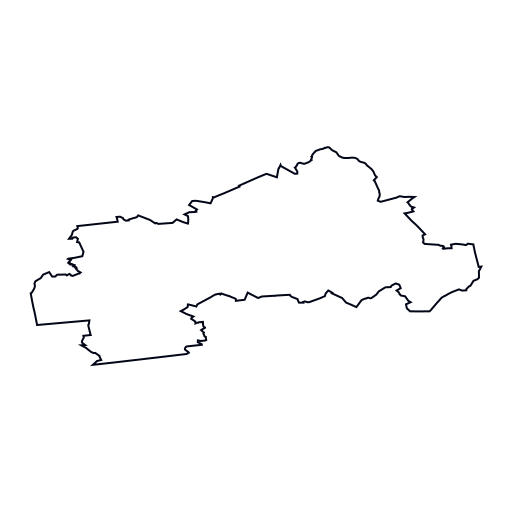 Lībagu pag., Talsi, Latvia (Equal Earth projection)
{"feature_id": "27541924B65314964158479", "entity_name": "Lībagu pag.", "entity_type": "district", "adm_level": 2, "iso_a3": "LVA", "parent_name": "Latvia", "parent_adm1": "Talsi", "projection": "equal_earth", "projection_center": [22.565, 57.178], "detail": "fine", "context": "isolated", "style": "outline", "palette": "ink", "viewbox_px": 512, "rotation_deg": 0, "n_neighbors": 0, "source": "geoboundaries", "source_scale": "gbopen_adm2", "svg_char_len": 5828}
<svg xmlns="http://www.w3.org/2000/svg" viewBox="0 0 512 512"><path d="M327.1,147.3L325.1,148.0L324.7,147.8L323.6,148.5L322.8,148.9L320.2,149.3L315.6,151.0L314.5,152.4L314.3,152.6L314.2,152.6L313.7,153.2L312.5,154.6L311.8,156.3L311.5,156.6L312.1,157.1L311.1,159.5L311.6,160.0L308.7,162.2L304.1,163.9L299.9,162.7L298.3,163.2L297.3,164.2L297.2,164.7L296.7,165.7L296.1,166.2L295.5,167.6L295.0,167.7L297.3,171.5L297.3,172.1L297.3,173.6L294.8,173.8L280.8,166.0L280.5,165.0L279.1,168.0L278.9,168.0L278.3,169.3L276.9,177.3L266.5,173.8L258.0,177.3L239.0,185.7L239.5,186.7L236.7,187.8L223.7,193.4L217.2,196.0L214.2,197.3L212.9,197.1L212.9,198.0L212.8,198.5L210.6,203.3L204.8,202.2L198.1,201.1L195.9,200.8L192.2,201.0L189.1,205.0L197.0,209.5L195.7,210.8L195.8,211.2L196.2,211.7L194.9,212.0L189.5,212.2L189.1,212.3L184.5,214.4L186.1,215.2L186.3,215.2L186.9,215.6L188.0,216.1L188.3,219.8L188.0,223.6L187.9,223.6L183.1,222.1L176.6,219.4L175.1,220.7L172.6,222.9L158.3,223.9L156.3,222.9L155.2,223.4L150.1,220.0L138.2,215.4L136.8,217.2L132.8,218.3L128.7,219.6L128.8,220.4L126.1,220.7L123.5,219.4L123.0,218.1L120.0,216.7L116.5,217.0L117.0,218.4L117.7,221.7L77.3,226.1L77.8,227.9L77.8,228.3L77.6,228.7L77.0,229.1L73.4,230.8L73.0,231.3L72.5,232.3L72.3,233.6L71.7,235.1L71.1,236.1L70.0,237.4L69.0,238.8L72.3,238.7L72.6,237.7L75.9,237.2L77.9,238.8L77.1,242.1L79.2,242.4L83.5,251.8L82.3,256.2L74.6,257.8L68.1,258.7L67.9,258.9L70.9,259.9L70.5,260.4L68.5,262.4L68.8,262.6L69.0,262.8L68.6,263.1L68.9,263.3L69.5,263.0L69.8,263.0L70.0,263.1L70.3,263.4L70.4,263.8L69.8,263.8L69.6,264.0L69.8,264.2L70.2,264.5L71.2,264.6L71.4,264.4L71.5,264.1L71.8,264.0L72.3,264.2L72.5,264.5L74.2,265.0L73.9,265.3L74.3,265.5L74.2,265.6L73.9,265.8L74.4,265.9L74.4,266.0L74.2,266.2L74.5,266.2L74.5,266.4L74.2,266.6L74.3,266.7L74.6,266.6L74.8,266.9L75.3,267.0L75.7,267.0L75.9,267.1L75.8,267.3L76.0,267.5L75.9,267.5L76.2,268.0L75.7,268.3L77.7,270.8L80.6,272.5L79.4,273.5L78.8,273.5L72.8,275.9L71.3,275.6L70.7,275.3L70.6,275.1L70.6,274.7L69.4,273.9L66.7,275.4L65.7,274.5L59.2,274.7L57.9,274.6L57.5,274.8L56.8,274.9L55.4,276.5L52.2,276.6L49.2,272.1L43.2,274.6L40.7,278.2L38.3,279.5L35.3,281.4L34.4,283.8L34.9,285.3L34.9,286.4L34.5,287.7L33.9,289.1L31.9,292.5L30.7,293.3L32.0,300.4L33.3,307.0L34.8,313.3L37.1,325.0L89.4,320.4L88.9,323.9L88.3,324.9L88.3,325.6L90.4,334.2L90.7,335.0L83.4,335.8L83.8,337.6L82.1,340.7L81.9,342.1L82.6,343.2L85.1,345.0L81.3,345.3L85.9,347.8L91.0,351.9L93.7,353.1L95.2,352.9L99.2,355.7L99.4,355.8L99.5,356.0L99.4,356.1L99.7,357.0L101.2,360.0L96.8,361.1L96.3,361.7L94.5,363.4L94.4,363.6L94.0,363.8L92.9,364.8L95.0,364.6L114.8,362.4L169.6,356.0L186.5,354.0L188.8,352.7L188.1,351.8L186.7,350.9L185.6,350.1L185.0,349.5L184.9,349.3L184.9,348.9L185.2,347.9L186.0,346.8L186.4,346.6L187.0,346.4L201.8,344.8L201.7,344.2L197.8,342.2L197.9,340.4L200.7,341.0L204.6,340.6L206.2,340.1L205.9,338.9L205.9,337.0L204.5,336.4L204.0,334.8L203.4,333.6L203.9,332.6L201.1,330.1L202.3,329.3L205.0,327.8L205.0,327.6L203.4,326.3L202.9,323.8L203.0,323.8L202.9,321.9L198.5,322.3L198.1,322.8L196.8,322.7L195.5,323.4L195.6,322.5L195.1,321.9L195.1,321.4L191.2,318.8L191.7,317.7L193.4,316.5L186.4,314.0L184.5,313.0L180.8,311.1L184.0,309.4L187.6,307.1L187.9,304.4L188.3,304.4L196.3,306.5L196.6,305.8L197.5,304.3L211.1,297.0L213.1,295.7L215.7,294.4L216.3,294.4L216.6,294.2L219.2,293.8L219.0,294.0L219.8,294.2L220.3,294.6L221.5,293.7L221.8,293.7L228.0,295.8L228.8,296.0L228.9,295.9L232.4,297.5L233.7,297.9L235.7,298.9L236.0,299.9L235.9,300.8L244.6,299.8L247.7,292.6L249.9,293.8L258.1,298.0L259.4,297.5L261.8,296.5L273.5,295.8L274.9,295.9L275.6,295.6L289.8,294.8L289.9,295.3L291.6,296.8L297.0,298.9L297.5,299.0L298.0,300.6L299.0,302.7L303.3,302.7L303.1,302.0L304.9,301.4L307.3,302.2L309.1,302.2L319.9,298.3L324.9,296.1L325.6,293.6L326.9,292.0L328.3,290.5L332.3,292.7L331.8,293.3L342.1,298.0L346.1,302.6L351.1,304.7L356.4,307.1L359.3,303.2L359.7,302.6L360.0,302.1L360.5,301.6L361.3,300.6L361.3,300.4L362.0,299.9L364.5,298.8L364.9,298.8L366.0,298.5L366.3,298.2L366.9,298.2L368.1,297.7L368.8,297.8L370.4,298.3L371.1,298.2L371.4,298.1L371.9,297.7L376.2,294.7L378.8,291.4L384.1,288.1L385.5,287.3L390.4,287.1L390.9,286.9L391.5,285.6L395.4,283.6L395.9,283.5L399.3,284.7L400.7,288.2L396.6,290.5L398.7,292.3L399.8,294.2L399.7,294.3L400.9,295.5L405.1,296.3L408.3,300.8L410.6,302.2L406.0,304.3L406.8,308.2L408.2,309.6L410.1,311.3L413.9,311.3L414.8,311.4L421.0,311.4L429.6,311.3L431.0,309.9L436.6,303.3L437.1,302.6L438.0,301.8L441.5,297.8L444.1,296.2L445.5,295.6L448.4,293.9L452.2,292.0L458.9,289.4L462.1,290.6L466.3,290.3L466.4,289.0L469.1,286.3L470.4,285.8L473.5,280.8L477.5,279.2L479.0,277.7L478.9,271.2L481.3,266.6L478.7,266.9L474.9,252.1L473.7,246.3L473.4,244.4L467.8,243.7L466.0,245.1L462.2,244.4L455.5,243.8L451.0,244.7L451.4,246.5L451.6,248.2L447.5,248.3L443.2,248.8L442.8,248.3L444.1,247.4L443.8,246.7L443.3,246.1L441.8,245.8L440.2,245.7L438.4,244.7L437.5,244.8L424.6,243.9L423.0,242.4L423.3,241.8L423.5,239.2L423.0,238.0L422.7,237.1L422.6,235.5L425.1,234.3L418.7,227.5L416.1,224.9L411.5,220.7L404.6,213.4L407.2,213.0L413.4,211.4L411.8,209.4L412.0,208.7L412.9,208.3L414.0,207.5L411.4,206.7L410.7,206.2L409.1,204.3L408.3,203.0L407.5,202.3L412.6,198.2L414.4,197.0L409.6,196.8L404.2,197.0L399.7,196.2L396.5,197.6L380.7,201.8L377.8,200.7L378.3,198.9L379.6,196.3L379.7,193.5L379.2,192.4L379.1,190.6L377.4,187.1L374.9,181.4L373.8,180.3L376.8,177.1L375.0,175.3L373.4,171.5L371.5,169.1L367.9,166.1L367.2,165.7L365.5,163.5L363.9,162.7L360.8,161.9L359.7,161.4L358.8,160.8L357.5,159.1L356.7,158.6L355.0,157.9L353.5,157.7L351.0,157.7L348.7,158.0L347.8,158.0L344.5,158.0L342.8,157.7L342.0,157.5L341.0,156.9L339.8,156.4L338.8,155.8L337.4,153.8L336.7,152.8L336.4,152.4L336.0,152.1L332.3,150.3L330.2,148.4L329.8,147.9L329.2,147.5L328.2,147.2L327.1,147.3Z" fill="none" stroke="#020617" stroke-width="2"/></svg>